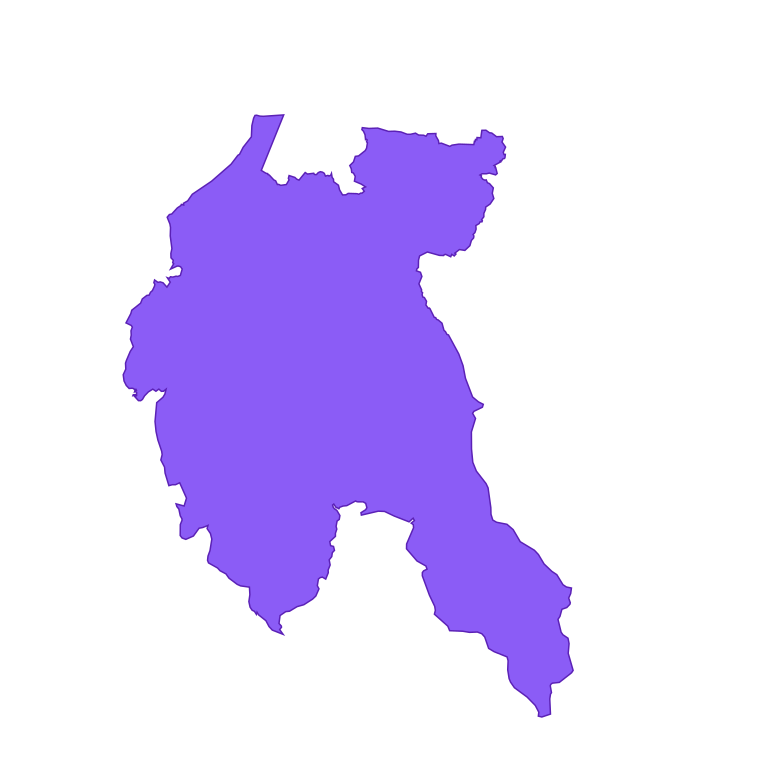 outline of Sisesti, Maramures, Romania, rotated 107°
{"feature_id": "2599482B36678783757762", "entity_name": "Sisesti", "entity_type": "district", "adm_level": 2, "iso_a3": "ROU", "parent_name": "Romania", "parent_adm1": "Maramures", "projection": "mercator", "projection_center": [23.745, 47.637], "detail": "fine", "context": "isolated", "style": "filled", "palette": "violet", "viewbox_px": 768, "rotation_deg": 107, "n_neighbors": 0, "source": "geoboundaries", "source_scale": "gbopen_adm2", "svg_char_len": 6159}
<svg xmlns="http://www.w3.org/2000/svg" viewBox="0 0 768 768"><g transform="rotate(107 384 384)"><path d="M390.7,646.7L401.0,648.6L401.9,642.8L403.2,641.3L407.1,641.5L411.2,640.0L415.2,639.6L421.6,634.6L427.1,636.2L436.6,637.2L439.6,637.3L445.2,635.3L451.4,636.1L457.1,633.5L460.8,630.0L462.8,626.4L461.7,623.7L461.6,622.0L462.4,621.0L461.6,619.7L462.4,618.9L463.4,620.1L464.5,620.2L464.0,619.3L464.3,618.1L466.5,617.5L467.5,620.6L468.6,620.7L467.0,616.8L469.0,618.5L471.7,614.0L471.1,611.8L469.4,610.5L465.3,609.5L460.4,607.0L456.5,603.6L457.6,600.0L454.7,597.8L456.1,594.8L455.4,592.8L452.7,590.9L457.7,590.6L461.3,591.5L468.3,595.9L486.8,592.0L496.1,588.1L503.6,583.9L513.4,576.9L516.4,575.5L521.9,575.2L527.6,569.6L533.2,567.3L544.1,560.0L542.2,557.0L541.3,554.0L538.2,550.5L550.9,539.5L559.1,539.5L559.4,547.8L561.8,546.2L563.6,543.6L569.6,540.3L571.9,537.9L573.3,537.3L578.0,537.7L588.5,534.6L590.3,532.1L590.5,528.1L585.1,521.8L576.0,518.7L574.2,515.3L570.7,511.0L574.0,510.9L577.7,506.3L582.7,503.3L594.2,501.7L600.0,502.0L604.2,501.2L606.4,499.5L608.6,489.4L610.5,486.2L611.8,479.6L615.0,475.5L618.5,465.9L619.0,462.1L617.6,453.3L624.6,450.7L631.6,449.6L636.6,446.8L638.9,444.0L639.3,441.4L641.6,438.7L639.4,438.7L641.4,436.5L644.9,427.7L649.6,423.0L652.0,418.9L652.9,407.3L649.3,412.0L646.6,410.9L645.5,411.4L643.7,414.4L635.8,415.7L630.4,411.4L628.9,407.9L622.3,402.0L618.5,396.1L610.6,389.4L606.7,387.2L598.9,386.3L596.4,388.8L589.6,389.7L587.8,388.4L586.7,386.5L587.6,382.7L580.8,382.1L578.3,383.0L572.8,382.6L568.2,385.0L564.3,383.5L560.4,384.1L557.6,382.7L554.1,384.8L554.2,387.8L550.6,389.8L543.9,385.9L541.0,386.8L536.6,386.7L534.1,388.2L528.8,388.8L526.6,387.2L522.7,387.7L518.6,392.2L517.9,394.8L516.7,396.5L514.8,397.8L513.5,396.9L516.3,393.5L515.9,392.9L516.5,390.7L514.8,390.3L512.7,387.5L511.2,384.0L504.2,377.0L504.5,375.2L502.8,369.4L503.5,366.6L507.3,364.2L509.6,364.8L513.8,368.4L516.0,367.3L507.3,352.3L505.7,346.2L507.3,335.5L508.5,319.7L503.8,316.9L505.7,315.0L509.1,317.3L509.9,314.9L512.8,313.7L530.4,315.6L535.0,314.3L543.6,300.7L545.8,290.7L548.5,288.7L551.1,291.5L553.1,292.2L556.2,291.3L572.7,278.8L581.8,270.5L585.5,268.7L589.4,268.5L596.9,252.2L600.7,249.1L597.4,236.4L596.5,229.6L593.9,222.2L594.2,217.5L596.5,213.7L606.3,206.6L607.8,200.4L609.0,186.5L612.4,184.4L621.2,182.1L629.2,178.2L632.1,175.8L636.3,170.5L641.5,155.7L647.2,145.3L652.6,140.0L656.5,139.3L656.3,135.7L651.0,128.3L636.7,133.4L631.9,134.1L630.2,133.6L623.9,136.8L622.5,136.7L620.9,135.6L618.1,129.1L605.3,120.2L602.6,119.4L587.7,129.1L578.2,131.1L573.3,133.7L571.5,139.6L569.5,142.1L558.2,148.8L554.8,147.8L547.4,148.0L544.3,143.8L540.3,141.8L538.7,141.9L534.7,144.8L529.8,144.2L524.3,145.1L524.8,150.2L523.6,154.2L515.8,163.0L514.1,168.7L509.3,178.3L501.9,186.5L499.0,191.6L495.0,207.6L485.5,217.9L482.2,225.4L483.3,235.9L482.3,240.2L477.3,243.6L471.0,245.7L452.9,254.1L449.4,257.3L440.3,270.2L432.9,276.2L420.6,281.3L404.3,286.4L390.2,286.4L386.1,290.7L383.8,290.0L377.4,283.1L374.4,283.1L373.5,288.4L370.5,295.5L354.7,307.8L343.3,313.8L333.5,321.2L318.2,336.7L318.2,338.3L315.9,340.6L315.2,342.3L308.9,346.3L306.9,350.9L306.8,352.7L305.4,354.0L305.6,355.4L298.5,362.1L298.1,362.9L298.6,363.9L296.2,367.0L292.5,367.5L289.5,370.7L289.5,372.3L287.4,373.7L285.4,373.8L284.7,375.2L282.9,375.6L278.0,379.9L270.1,379.2L266.5,381.8L266.3,386.1L264.3,386.2L262.5,385.2L255.5,387.2L251.1,387.4L245.1,381.1L244.8,368.6L243.7,364.5L242.7,364.2L242.0,363.0L242.8,357.4L240.2,357.1L241.0,354.3L238.7,353.2L238.1,354.5L233.4,351.2L232.6,345.7L226.6,342.3L221.2,342.4L218.1,341.0L216.2,341.3L214.9,342.5L212.6,341.3L209.0,341.2L205.6,342.5L202.8,339.9L201.0,339.6L200.2,337.7L199.0,337.7L198.3,338.7L194.9,337.4L191.7,338.4L187.4,337.9L185.1,338.5L180.8,335.1L174.5,333.2L170.0,336.2L164.5,336.8L161.5,341.7L161.3,343.9L158.9,346.0L159.6,347.0L159.3,349.4L157.7,351.6L156.4,351.7L156.1,353.3L154.3,351.7L153.0,347.5L151.5,345.0L151.4,338.4L149.6,337.3L144.5,340.4L144.6,341.0L143.4,341.2L142.9,342.7L137.4,337.3L137.3,338.2L136.8,338.2L135.5,336.6L133.7,336.0L133.1,334.7L132.2,334.5L129.0,335.1L129.5,336.3L127.5,337.7L121.9,337.0L118.1,341.9L114.4,341.8L112.7,343.2L114.6,348.7L112.5,354.3L112.9,356.6L111.5,360.7L112.8,364.6L120.2,363.4L121.1,367.1L123.3,366.7L123.4,368.0L125.5,367.8L125.5,368.5L128.8,368.1L132.7,382.5L135.7,388.8L137.5,390.5L136.9,399.6L138.0,401.8L135.3,403.1L131.6,407.0L129.3,407.6L131.9,415.3L134.8,416.3L134.5,418.8L135.8,423.7L134.9,427.2L137.4,431.6L138.4,434.9L138.0,441.4L139.1,447.6L141.1,453.5L141.1,464.8L144.0,473.1L145.2,479.7L147.2,479.5L148.3,477.5L151.2,475.0L155.7,473.1L155.1,472.4L155.5,471.4L157.5,471.5L158.1,470.4L163.6,469.6L166.3,470.2L173.3,475.0L174.7,478.0L180.5,478.1L185.1,480.6L187.8,478.2L191.1,476.7L191.2,474.9L193.9,472.2L198.7,471.6L199.5,464.2L200.9,459.3L203.4,462.0L205.5,459.2L208.0,460.9L208.2,462.0L209.9,463.6L209.9,465.5L212.2,474.0L214.2,475.7L215.3,478.9L211.4,483.2L207.2,485.7L205.3,491.3L202.9,492.2L201.6,494.0L198.0,495.8L200.0,496.0L201.2,497.4L200.9,498.6L202.3,500.8L200.0,502.7L199.4,504.7L199.6,507.0L201.1,508.7L203.4,509.8L203.9,511.0L203.9,511.9L203.0,512.8L205.6,518.6L204.8,521.2L213.9,524.9L213.6,527.4L212.5,529.6L212.4,535.7L215.3,535.6L216.6,534.5L221.8,535.7L224.2,540.8L223.9,543.1L224.4,544.3L221.4,547.0L221.0,549.1L217.7,554.8L217.6,556.3L216.8,556.7L217.0,558.5L215.6,563.8L156.0,558.6L163.3,577.7L164.1,581.0L164.2,584.4L164.9,585.9L167.9,586.4L175.5,585.9L186.4,583.1L198.8,587.9L206.6,589.3L208.0,590.6L218.5,594.5L240.5,608.2L258.6,622.8L266.3,625.3L269.8,628.6L271.4,627.9L271.5,630.3L272.7,630.4L276.0,633.1L283.5,636.7L284.7,638.8L287.9,640.1L293.6,635.5L296.8,633.9L304.9,631.7L316.6,626.4L321.4,626.0L325.6,624.6L327.3,621.7L329.8,621.5L330.5,620.3L336.5,621.7L331.8,616.4L331.3,615.1L331.3,612.9L333.1,610.6L339.7,610.5L341.4,612.6L341.7,614.4L343.5,617.2L343.9,619.6L345.8,620.3L345.7,622.3L349.1,618.2L354.8,619.9L351.8,624.9L351.8,627.9L352.9,629.9L351.6,633.8L354.4,633.7L355.6,632.3L357.6,632.1L362.4,632.8L364.5,634.1L367.7,634.6L368.6,636.7L373.3,640.0L377.9,640.4L387.2,646.8L390.7,646.7Z" fill="#8b5cf6" stroke="#5b21b6" stroke-width="1.5"/></g></svg>